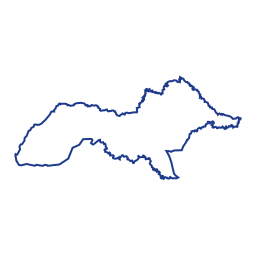 outline of José Pedro Varela, Lavalleja, Uruguay
{"feature_id": "84410073B20043717754830", "entity_name": "José Pedro Varela", "entity_type": "district", "adm_level": 2, "iso_a3": "URY", "parent_name": "Uruguay", "parent_adm1": "Lavalleja", "projection": "natural_earth1", "projection_center": [-54.355, -33.484], "detail": "fine", "context": "isolated", "style": "outline", "palette": "blue", "viewbox_px": 256, "rotation_deg": 0, "n_neighbors": 0, "source": "geoboundaries", "source_scale": "gbopen_adm2", "svg_char_len": 5909}
<svg xmlns="http://www.w3.org/2000/svg" viewBox="0 0 256 256"><path d="M119.6,116.0L117.2,115.3L116.1,114.0L115.7,112.4L114.9,112.0L114.9,111.2L113.8,111.0L113.0,110.4L111.8,110.5L111.0,111.1L109.4,111.0L108.5,111.4L107.3,110.6L106.9,109.5L103.9,110.5L103.2,110.3L101.0,110.8L100.4,110.6L99.9,110.1L100.1,109.0L98.2,107.7L98.4,107.0L98.1,106.5L97.3,106.3L97.1,105.7L95.8,105.2L94.0,105.7L91.8,105.0L90.1,106.4L88.7,105.7L87.9,106.5L87.4,106.1L87.4,105.4L87.0,104.9L85.5,105.3L84.8,103.8L84.2,103.5L81.2,102.8L76.1,103.3L74.1,104.3L74.0,105.2L70.5,105.8L69.8,105.7L68.8,104.9L67.5,105.3L66.7,104.1L64.9,103.7L61.3,103.8L60.4,104.3L60.0,103.5L59.1,103.7L57.7,105.8L56.5,106.0L55.4,108.7L53.9,110.4L54.2,111.5L51.4,111.6L49.7,114.8L45.4,119.9L41.3,123.7L38.7,124.9L36.4,124.8L35.3,124.4L34.1,124.9L33.7,126.7L31.3,128.0L30.3,130.2L28.6,130.9L26.7,135.9L24.6,138.0L24.5,140.6L22.1,144.2L20.6,144.5L19.5,146.5L20.0,149.4L18.0,153.2L17.2,154.5L16.7,154.8L15.6,154.2L15.4,155.4L16.4,160.8L19.0,165.0L21.3,165.3L26.6,164.0L34.9,165.8L36.4,164.8L42.8,165.9L44.4,165.0L45.7,164.9L46.8,165.1L47.6,165.8L59.4,164.5L68.3,158.6L72.6,147.8L79.3,144.8L83.1,139.2L91.2,138.9L92.2,139.5L92.4,140.4L91.0,143.0L92.6,144.4L93.5,144.4L99.1,139.9L100.1,139.8L100.1,141.6L100.9,142.4L101.9,142.5L103.1,142.2L104.0,144.0L105.0,143.7L105.6,144.8L105.7,146.8L106.9,148.1L106.9,148.7L104.7,149.4L104.5,150.0L105.0,150.6L105.2,151.9L106.5,151.9L108.4,153.5L109.5,152.5L110.2,153.2L110.3,153.9L110.0,154.6L110.2,155.5L112.3,155.3L113.3,155.4L113.8,156.0L113.0,157.4L113.0,158.0L114.1,158.6L116.2,158.6L117.5,157.9L119.8,159.4L119.9,158.1L119.5,156.9L121.2,156.6L122.1,155.3L122.7,155.2L124.1,156.8L126.0,156.2L126.6,156.3L127.8,157.9L127.3,158.9L127.4,159.4L128.4,159.3L130.4,161.0L132.1,160.6L133.0,162.9L133.6,163.1L133.9,162.9L134.1,161.7L137.3,159.8L138.8,158.1L139.0,157.6L138.4,156.7L138.2,156.2L138.4,156.0L140.0,157.1L143.2,157.1L143.1,155.7L143.7,155.6L145.7,157.5L145.4,158.2L145.7,159.2L148.1,159.0L148.6,158.1L149.7,158.4L150.0,159.9L150.8,161.2L149.8,163.3L150.2,164.3L151.8,165.8L151.9,167.3L152.9,167.7L153.0,169.4L153.3,169.9L153.7,169.8L154.4,169.1L155.2,170.6L155.6,170.5L156.1,169.3L156.9,169.3L157.4,170.4L156.9,171.2L156.9,171.8L159.3,171.7L159.8,172.7L158.7,173.6L158.7,174.1L160.1,174.7L160.7,176.5L160.8,178.0L161.2,178.3L161.9,178.3L162.2,177.3L162.1,176.0L162.5,175.8L163.1,176.2L163.3,176.9L163.2,178.7L163.6,178.9L164.8,177.3L165.6,177.2L166.6,177.9L167.2,177.8L167.6,178.4L169.1,178.6L169.7,178.3L169.7,177.4L170.1,177.0L172.3,178.4L174.2,178.2L176.3,178.4L178.2,177.5L175.7,175.6L174.0,173.6L171.3,162.1L169.3,156.3L166.4,151.0L169.9,151.3L171.1,151.8L173.9,150.5L181.8,150.2L183.1,146.6L186.0,142.3L186.3,141.4L186.8,141.1L187.0,139.8L187.7,139.7L189.0,138.2L189.7,134.0L191.2,133.4L191.5,131.4L193.0,130.9L194.5,131.5L194.9,131.1L195.0,130.4L195.8,130.3L196.8,131.3L197.3,130.9L197.5,129.4L197.9,128.7L199.7,127.7L200.9,128.7L202.0,127.2L203.0,127.3L204.0,126.4L205.1,126.6L205.5,126.2L205.8,124.4L206.7,124.2L207.1,123.5L207.9,123.3L207.9,121.9L209.5,121.9L210.0,123.3L211.5,122.6L211.7,121.8L212.6,121.4L213.4,121.9L213.9,122.7L213.6,123.6L211.6,125.1L213.1,126.3L212.6,127.3L213.2,127.7L215.3,126.9L216.5,127.2L216.9,128.1L217.3,128.3L218.9,127.3L220.3,127.8L221.2,127.4L222.4,127.6L222.7,126.7L223.8,127.7L224.5,127.9L224.5,128.8L225.3,129.0L225.8,128.7L225.8,127.1L226.1,126.5L227.1,127.8L228.3,127.3L228.9,126.2L230.5,126.6L231.4,126.4L230.9,125.4L231.6,125.0L232.3,125.4L232.0,126.4L233.0,126.6L233.2,127.5L234.1,126.7L235.1,126.8L236.3,126.3L237.0,126.9L237.3,126.8L237.5,126.4L237.3,126.1L237.6,124.4L237.9,124.1L237.6,123.3L238.8,122.7L238.9,121.7L238.5,121.3L238.9,119.9L240.4,119.4L240.6,118.6L240.6,118.3L240.0,118.1L238.8,118.5L238.6,117.6L238.1,117.2L236.6,117.9L236.3,118.4L233.1,118.9L232.7,118.8L231.6,117.3L229.2,116.1L224.5,115.0L223.4,114.1L222.6,114.0L222.8,114.4L222.5,114.7L222.2,114.4L221.1,114.7L219.5,113.5L218.2,114.5L218.2,113.9L216.8,113.5L215.6,111.9L214.4,109.4L213.8,109.1L212.4,109.0L212.0,108.5L212.0,107.5L210.1,107.5L209.9,107.1L210.1,106.6L209.3,106.0L209.3,105.7L208.6,105.8L208.0,103.2L207.6,102.7L205.5,101.8L204.7,101.9L204.8,100.8L204.4,100.5L204.1,99.1L202.5,98.3L201.5,98.7L201.1,97.1L200.2,97.5L200.5,96.7L200.0,96.7L199.8,96.1L200.2,94.7L199.5,94.3L199.5,93.5L198.7,92.7L198.8,91.9L198.1,91.1L197.3,90.9L197.2,90.0L195.4,89.4L194.8,89.6L194.3,89.2L193.6,89.9L192.9,89.6L192.4,89.1L192.5,88.6L193.6,88.2L193.8,87.3L192.9,86.9L192.4,86.2L191.7,86.0L191.6,86.4L190.2,86.0L189.7,85.4L190.2,84.7L189.3,84.3L189.1,83.3L187.9,82.9L187.4,82.0L186.6,82.2L185.5,81.7L184.3,80.5L183.4,78.8L181.7,78.2L180.0,77.1L179.9,77.6L180.7,79.2L180.0,79.4L179.4,79.1L179.2,79.4L179.4,80.0L180.1,80.3L179.9,82.1L179.0,81.7L177.7,82.1L176.6,80.7L174.3,80.2L171.8,81.3L170.2,81.1L167.8,82.0L167.4,82.8L165.6,83.7L165.5,84.4L167.4,84.7L168.0,85.6L167.1,86.4L164.7,85.8L164.2,86.1L163.7,87.7L164.2,89.4L162.6,89.9L162.6,91.7L162.1,92.7L162.5,93.3L162.0,93.4L161.3,94.5L160.7,94.4L160.4,93.6L159.1,92.9L158.1,93.4L157.7,92.8L156.1,93.1L155.7,92.0L155.4,92.1L155.4,92.7L155.0,92.8L154.3,92.1L152.3,92.0L151.8,91.6L152.4,91.1L152.4,90.7L150.9,91.3L150.7,90.7L150.1,90.8L149.8,89.9L149.4,90.6L149.0,90.7L149.1,89.3L147.9,89.9L147.1,89.1L146.3,89.0L146.2,89.2L146.8,89.5L146.2,90.3L146.9,91.0L145.4,90.7L145.7,91.3L145.3,91.7L145.3,92.8L145.7,93.2L145.2,93.7L145.2,94.5L144.6,95.2L145.2,95.5L145.1,95.9L143.7,96.7L144.2,97.0L144.1,97.5L143.6,97.4L143.3,97.9L143.6,98.3L143.1,98.3L144.1,99.2L143.7,99.7L142.8,99.6L142.8,100.2L143.4,100.6L143.1,101.2L142.5,101.3L142.2,100.8L141.8,100.9L141.6,102.3L140.0,103.0L139.7,103.2L139.7,104.0L139.1,104.1L139.6,107.2L137.1,107.9L137.4,108.3L136.8,109.8L137.2,111.2L136.9,112.3L133.8,112.3L129.0,113.2L126.5,112.6L125.1,113.3L124.8,114.5L124.3,114.5L122.6,113.5L122.3,114.2L120.8,114.7L119.6,116.0Z" fill="none" stroke="#1e3a8a" stroke-width="2"/></svg>